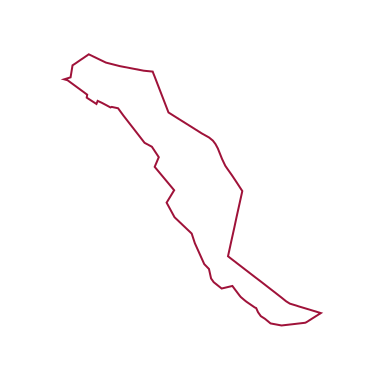 Reifi Nahr Atbara, Kassala, Sudan (Natural Earth projection), rotated 147°
{"feature_id": "16777658B85894147141116", "entity_name": "Reifi Nahr Atbara", "entity_type": "district", "adm_level": 2, "iso_a3": "SDN", "parent_name": "Sudan", "parent_adm1": "Kassala", "projection": "natural_earth1", "projection_center": [35.419, 15.73], "detail": "fine", "context": "isolated", "style": "outline", "palette": "rose", "viewbox_px": 384, "rotation_deg": 147, "n_neighbors": 0, "source": "geoboundaries", "source_scale": "gbopen_adm2", "svg_char_len": 1263}
<svg xmlns="http://www.w3.org/2000/svg" viewBox="0 0 384 384"><g transform="rotate(147 192 192)"><path d="M149.9,20.3L158.9,31.0L165.1,38.3L166.1,39.6L170.5,44.8L170.7,45.0L171.2,46.1L172.6,49.1L174.5,54.9L183.2,79.9L185.4,86.0L187.7,92.5L191.5,103.3L194.8,112.7L196.0,116.1L196.8,118.5L189.6,125.6L187.7,127.5L176.0,139.0L168.4,146.6L150.9,163.8L149.3,165.4L149.3,175.4L149.4,184.4L149.7,191.8L149.8,195.9L149.4,198.9L148.8,203.4L148.5,204.9L146.6,214.5L146.2,219.4L146.5,223.7L148.0,228.4L151.9,235.8L159.8,252.9L163.2,260.2L168.4,271.5L160.4,309.5L159.9,312.1L159.4,314.4L166.4,320.0L184.0,336.9L193.7,347.4L203.6,363.7L210.9,363.5L212.9,363.5L219.6,363.3L223.2,363.3L231.4,354.3L237.8,356.1L235.5,353.5L226.9,330.7L228.9,328.5L228.0,326.4L224.2,317.9L221.5,319.8L219.1,316.0L216.7,311.7L214.3,307.3L213.0,307.1L208.4,302.5L207.9,293.5L205.0,259.1L201.0,251.8L200.9,239.3L209.6,233.4L206.0,203.2L219.1,196.9L220.4,180.3L214.9,157.3L217.5,147.5L221.0,124.9L219.7,118.2L223.1,109.1L222.9,104.5L219.7,94.9L209.3,91.2L209.1,87.6L208.5,79.2L208.3,77.4L206.9,72.7L206.2,70.6L205.6,69.1L202.2,60.9L201.4,59.7L202.1,55.2L201.9,50.4L199.9,46.0L197.7,39.0L189.6,31.3L179.0,26.0L168.3,20.7L167.0,20.5L149.9,20.3Z" fill="none" stroke="#9f1239" stroke-width="2"/></g></svg>